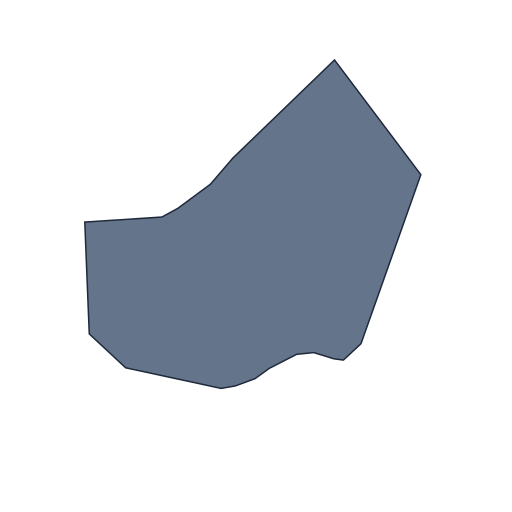 the border of Dobrna, rotated 61°
{"feature_id": "SVN-239", "entity_name": "Dobrna", "entity_type": "Municipality", "adm_level": 1, "iso_a3": "SVN", "parent_name": "Slovenia", "parent_adm1": "", "projection": "orthographic", "projection_center": [15.239, 46.355], "detail": "fine", "context": "isolated", "style": "filled", "palette": "slate", "viewbox_px": 512, "rotation_deg": 61, "n_neighbors": 0, "source": "natural_earth", "source_scale": "10m", "svg_char_len": 396}
<svg xmlns="http://www.w3.org/2000/svg" viewBox="0 0 512 512"><g transform="rotate(61 256 256)"><path d="M383.6,206.7L389.4,230.0L383.6,237.8L368.5,252.3L361.7,268.1L360.7,298.9L362.8,316.2L359.6,337.1L354.9,350.7L290.6,424.2L243.3,439.6L143.3,389.3L176.3,319.4L176.4,301.2L171.1,261.0L159.1,228.7L122.6,92.3L264.8,72.4L383.6,206.7Z" fill="#64748b" stroke="#1e293b" stroke-width="1.5"/></g></svg>